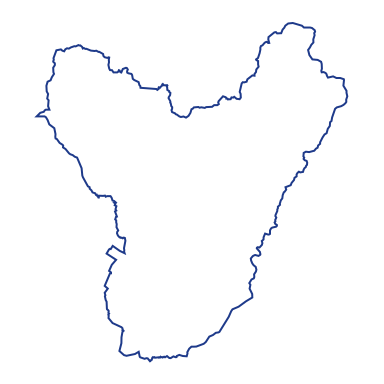 Mueang Lampang, Lampang, Thailand
{"feature_id": "78962969B84818875496031", "entity_name": "Mueang Lampang", "entity_type": "district", "adm_level": 2, "iso_a3": "THA", "parent_name": "Thailand", "parent_adm1": "Lampang", "projection": "natural_earth1", "projection_center": [99.504, 18.394], "detail": "fine", "context": "isolated", "style": "outline", "palette": "blue", "viewbox_px": 384, "rotation_deg": 0, "n_neighbors": 0, "source": "geoboundaries", "source_scale": "gbopen_adm2", "svg_char_len": 5858}
<svg xmlns="http://www.w3.org/2000/svg" viewBox="0 0 384 384"><path d="M167.2,87.5L166.7,86.3L167.4,85.6L167.2,85.2L163.9,85.3L162.8,84.0L162.2,84.5L162.3,85.5L160.9,86.5L160.2,87.6L159.4,87.4L159.0,88.2L158.6,87.8L158.1,89.3L157.3,89.9L156.3,89.0L140.5,87.8L140.3,86.1L139.4,85.1L138.6,82.1L134.2,80.0L132.8,78.8L132.1,75.0L131.4,73.9L128.4,73.3L127.2,72.6L127.1,71.2L127.8,69.5L126.8,68.0L125.9,67.8L122.8,69.0L121.3,72.5L120.4,72.2L119.6,70.5L118.9,70.2L118.2,71.7L117.2,72.4L113.5,72.4L112.0,70.2L110.0,70.1L109.2,68.5L108.4,64.9L109.0,62.2L108.8,59.8L109.2,57.5L108.6,57.3L107.3,57.9L104.6,57.2L103.4,55.9L103.1,54.0L99.2,51.8L98.5,51.9L96.3,50.7L94.7,51.0L90.9,50.6L86.4,48.8L85.3,48.9L83.8,48.0L82.8,48.5L82.1,46.9L80.3,45.4L79.2,45.5L78.4,45.1L75.7,46.4L74.3,46.2L70.9,47.4L68.9,48.6L67.0,48.3L65.3,49.3L64.2,51.3L62.4,50.7L60.9,49.4L56.4,50.3L53.5,58.2L53.8,59.8L53.2,61.3L53.4,62.0L54.7,63.1L54.9,63.9L54.8,65.2L53.2,67.7L53.4,72.2L54.0,73.9L51.8,77.3L50.6,80.3L47.6,81.7L46.4,85.8L46.7,91.4L48.1,94.0L47.2,98.6L48.6,100.3L48.1,106.2L49.4,109.7L45.8,109.7L44.7,110.4L43.8,111.8L40.3,112.8L36.7,116.4L44.6,116.4L45.9,117.2L47.6,120.0L49.3,124.4L54.3,128.2L55.5,134.1L55.3,136.9L55.6,138.5L56.9,139.1L59.6,142.9L62.6,144.8L63.2,145.6L63.0,147.4L65.5,149.0L69.1,153.4L70.4,154.3L72.7,155.1L74.7,156.7L77.1,157.6L81.6,168.2L82.3,175.5L82.9,177.2L87.9,186.3L89.6,187.2L89.7,188.7L91.5,190.4L92.5,192.4L95.2,193.3L95.9,194.8L96.8,194.7L97.1,195.8L97.6,196.0L98.4,197.5L98.8,197.5L99.0,195.7L103.1,195.9L105.0,195.6L105.7,196.7L107.2,196.1L110.5,196.1L111.6,197.7L112.5,200.5L114.1,201.0L115.6,202.3L114.3,202.8L115.5,203.7L114.7,205.2L116.4,206.2L115.5,209.2L116.3,210.6L115.0,211.4L116.9,216.6L116.0,216.9L115.2,219.4L116.2,220.4L116.2,222.4L116.7,224.1L116.5,227.2L118.2,230.5L117.2,231.9L117.0,233.3L117.9,235.5L119.6,237.4L120.6,237.3L121.0,237.9L122.2,237.8L122.8,238.3L123.8,237.6L124.9,238.0L125.4,240.8L124.0,248.2L124.3,250.2L124.1,251.6L124.6,253.2L119.8,250.9L112.7,245.9L110.7,249.1L109.8,248.9L109.0,249.5L106.6,253.6L116.1,259.8L111.8,264.8L109.1,270.9L111.0,272.4L111.0,273.2L110.4,273.1L109.8,273.8L104.7,285.9L107.8,288.6L104.7,292.8L105.4,295.3L104.9,296.2L105.7,300.0L106.6,301.7L106.9,308.6L107.1,309.4L107.8,309.8L108.7,311.0L108.4,312.9L109.1,313.6L108.3,314.8L108.7,315.6L108.5,318.1L112.6,323.1L121.5,327.2L122.5,328.3L122.5,329.4L123.4,330.6L122.6,330.8L122.9,331.5L122.4,332.1L121.5,337.3L121.4,343.2L119.4,351.0L124.0,355.1L126.5,355.8L135.0,354.0L138.7,351.8L139.7,356.6L140.2,357.3L144.6,358.8L146.4,358.2L147.7,358.4L149.8,361.0L150.1,360.6L150.5,360.9L151.1,360.1L151.7,359.9L152.4,357.6L153.0,357.1L154.0,357.6L154.6,357.2L155.2,357.7L158.6,357.3L159.0,357.7L160.4,356.8L160.7,357.4L162.0,357.0L162.7,357.5L164.1,356.7L165.0,357.3L167.0,356.1L169.3,358.0L170.7,358.1L173.4,356.4L175.6,357.2L176.5,357.1L176.8,356.0L179.3,354.9L182.8,356.0L186.7,356.3L187.5,353.4L187.3,352.2L189.2,348.7L191.4,346.7L196.2,346.6L203.7,343.8L205.8,342.0L209.3,336.6L213.0,335.0L215.8,332.8L218.5,332.4L219.4,331.9L228.7,316.9L231.2,311.2L232.5,309.3L238.6,306.7L246.0,301.3L252.3,297.5L252.2,294.0L249.6,288.7L250.4,284.8L249.3,283.1L251.5,279.5L253.8,278.4L254.3,277.0L254.1,274.3L255.9,271.6L256.4,269.7L255.7,266.9L253.6,265.2L252.3,263.4L251.1,260.5L250.8,258.5L252.8,256.1L254.5,255.2L255.2,255.0L258.5,255.9L260.2,254.8L260.4,254.2L259.9,251.9L256.8,248.4L256.9,247.7L257.7,247.2L259.5,247.5L261.9,244.9L262.4,243.1L261.8,241.0L263.5,239.5L263.6,237.2L265.1,233.6L268.3,234.6L269.3,234.4L270.0,233.9L270.0,230.4L271.0,228.5L272.2,227.6L276.1,226.7L276.9,225.8L276.9,225.0L275.2,223.8L274.6,222.4L275.4,221.4L275.2,220.0L276.3,217.6L275.4,216.1L275.5,215.1L277.3,211.0L277.3,209.4L277.9,208.3L277.9,206.7L280.0,204.8L279.8,203.8L280.8,200.4L282.3,198.4L282.7,195.2L283.8,192.3L284.6,191.8L286.2,189.6L285.5,187.2L290.7,185.2L291.6,182.9L294.0,180.0L294.5,177.8L296.6,176.4L296.6,174.4L297.6,172.8L298.9,171.7L300.2,172.4L303.0,171.9L303.7,169.5L304.6,168.0L305.7,167.2L306.1,165.8L307.0,164.8L307.2,162.6L306.6,160.9L304.7,160.2L303.6,158.9L304.2,157.6L303.4,156.4L303.7,152.9L305.9,151.7L309.1,152.1L314.3,150.7L315.9,148.7L317.6,147.7L318.1,145.5L320.1,143.8L320.1,142.3L322.6,137.4L324.5,134.5L326.6,133.2L327.8,128.8L329.8,126.0L330.1,122.2L331.5,121.0L332.1,117.5L335.1,108.8L336.8,107.4L341.1,106.2L343.5,104.9L345.4,103.2L346.3,101.9L346.2,99.6L347.3,96.3L346.5,92.8L346.5,90.8L343.4,85.7L344.0,80.0L343.8,79.2L340.2,78.0L336.4,78.0L333.1,76.4L328.0,77.6L326.9,75.7L326.6,74.3L325.6,73.0L323.7,72.1L321.7,72.3L321.3,70.9L321.9,68.7L321.7,63.9L321.1,61.8L317.7,59.9L312.4,59.4L309.4,55.1L308.1,50.0L309.9,47.5L311.3,44.8L313.4,42.5L313.3,39.3L314.6,35.2L314.2,33.1L315.1,31.7L314.7,30.2L312.0,28.0L310.0,27.5L303.9,27.5L301.9,25.7L292.8,23.0L288.2,23.5L285.3,25.7L284.3,27.7L282.6,29.6L281.2,33.2L277.1,33.4L275.9,32.1L274.3,32.4L268.5,37.1L268.3,39.5L269.2,42.9L268.2,43.0L266.9,41.9L266.2,41.9L264.7,42.7L262.5,45.3L260.9,46.1L260.3,47.8L260.4,49.4L259.6,53.2L258.0,58.0L256.1,59.4L256.4,60.1L258.1,61.0L258.1,64.4L258.6,66.7L256.3,69.5L256.0,72.0L254.5,74.0L254.5,75.7L252.4,75.4L247.4,79.3L246.6,81.7L244.1,82.4L242.8,82.2L241.7,83.4L239.7,91.9L240.6,93.8L240.8,97.6L239.6,99.2L236.6,98.8L234.2,96.8L233.2,97.6L231.5,97.4L230.6,99.2L227.9,99.4L227.7,98.8L226.3,98.6L226.4,97.9L225.6,97.2L223.0,96.3L218.6,101.2L218.2,102.4L218.8,104.1L217.4,105.1L214.2,105.1L212.1,106.8L206.2,107.1L204.8,107.9L201.3,107.3L199.5,107.7L198.4,107.0L193.9,107.4L192.6,108.8L191.5,109.2L190.4,112.9L188.5,115.9L186.0,117.6L183.5,116.5L180.9,117.0L179.3,116.4L176.9,114.6L175.7,114.2L175.0,113.3L172.1,112.1L171.5,110.1L172.1,108.9L172.2,107.2L171.3,106.1L170.7,103.2L170.2,102.6L170.4,101.9L170.1,100.8L168.6,98.2L168.7,97.3L170.1,95.1L170.4,92.9L169.2,91.9L169.2,91.1L167.3,89.9L167.2,87.5Z" fill="none" stroke="#1e3a8a" stroke-width="2"/></svg>